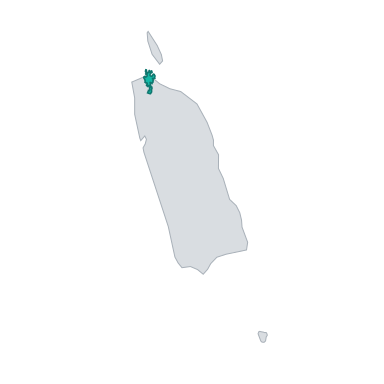 Ceiba, Puerto Rico (highlighted), rotated 250°
{"feature_id": "32010507B71550850987381", "entity_name": "Ceiba", "entity_type": "district", "adm_level": 2, "iso_a3": "PRI", "parent_name": "Puerto Rico", "parent_adm1": "", "projection": "orthographic", "projection_center": [-65.662, 18.248], "detail": "fine", "context": "in_parent", "style": "filled", "palette": "teal", "viewbox_px": 384, "rotation_deg": 250, "n_neighbors": 0, "source": "geoboundaries", "source_scale": "gbopen_adm2", "svg_char_len": 3938}
<svg xmlns="http://www.w3.org/2000/svg" viewBox="0 0 384 384"><g transform="rotate(250 192 192)"><path d="M253.2,164.5L257.1,167.2L260.8,166.8L257.8,161.4L260.6,161.4L284.6,164.7L300.0,170.3L315.9,173.0L316.9,191.4L304.7,198.7L296.7,206.4L290.2,215.8L273.0,226.8L252.3,230.0L238.5,230.3L233.4,229.9L228.3,228.0L217.9,229.7L205.1,224.9L194.1,226.0L172.2,224.8L164.0,228.9L156.2,229.8L148.5,228.9L141.9,227.0L125.7,227.1L118.9,223.4L121.9,202.5L122.2,193.0L118.3,185.1L114.0,180.2L110.9,174.4L117.3,170.6L122.5,165.0L124.3,156.7L130.0,154.7L136.7,153.7L167.6,157.9L245.8,160.4L250.2,161.1L253.2,164.5ZM341.5,209.4L331.6,210.2L325.2,209.2L323.1,205.3L335.0,201.6L348.9,202.1L356.9,204.3L357.9,205.7L341.5,209.4ZM34.2,213.8L33.0,213.9L31.8,213.8L31.3,213.4L30.5,212.2L26.9,210.2L26.1,208.3L27.0,206.4L28.4,205.7L35.7,205.6L36.4,205.7L37.9,207.1L37.9,208.0L37.2,208.9L35.9,211.2L35.3,211.8L34.9,212.4L34.7,213.4L34.2,213.8Z" fill="#d9dde1" stroke="#a8b0b8" stroke-width="1"/><path d="M300.3,184.2L299.8,184.7L299.6,185.0L299.4,185.2L298.8,186.0L298.6,186.4L298.9,186.6L298.8,186.9L299.0,187.0L299.2,187.4L299.2,187.5L299.5,187.8L299.7,188.1L299.9,188.0L300.2,188.4L300.8,188.7L301.0,188.7L301.4,188.8L301.8,188.9L302.1,188.9L302.3,189.2L302.4,189.3L302.6,189.6L303.0,189.6L303.0,189.8L303.3,190.0L304.3,190.1L304.3,189.4L304.5,189.4L304.9,189.3L305.3,189.4L305.4,189.6L305.7,189.5L305.9,189.6L306.3,189.5L306.5,189.3L306.7,189.1L307.0,189.5L307.4,189.5L307.5,189.7L307.7,189.8L307.7,190.1L307.9,190.3L308.5,190.2L309.0,189.9L309.3,190.2L309.0,190.7L308.7,190.9L308.3,191.5L308.1,191.8L307.9,191.8L308.4,192.3L308.4,192.5L308.6,192.6L308.5,192.8L308.8,193.0L309.0,193.0L309.5,193.4L309.8,193.5L310.0,193.6L310.3,193.5L310.5,193.9L311.2,193.9L311.8,193.7L312.2,193.7L312.3,194.0L312.1,194.3L312.0,194.6L311.7,195.0L311.6,195.3L311.8,195.6L311.9,195.8L311.8,196.0L312.1,196.0L312.5,196.2L313.0,196.6L313.8,197.0L314.3,196.7L315.1,196.7L315.3,196.8L315.9,196.3L316.0,195.9L315.8,195.7L315.6,195.6L315.3,194.8L314.6,194.4L314.7,194.2L314.8,193.8L314.8,193.7L314.6,193.3L315.4,192.6L316.0,192.4L316.3,192.5L316.5,192.6L317.6,193.4L317.4,193.7L318.1,194.5L318.0,195.0L318.1,195.4L318.3,195.4L318.3,195.1L318.7,194.6L318.9,194.6L319.0,194.3L318.6,193.7L318.8,193.3L318.9,193.2L319.0,193.2L319.3,193.0L319.7,193.3L320.2,193.7L320.4,193.7L320.5,193.4L320.8,193.3L320.7,193.1L320.4,192.9L320.2,192.9L319.3,192.1L319.1,191.5L319.1,191.3L318.7,190.7L318.5,190.3L318.4,190.2L318.3,189.6L318.6,189.4L318.9,189.0L318.8,188.8L318.2,189.0L318.0,189.4L317.6,189.7L317.5,189.9L316.9,189.8L316.5,189.5L316.4,189.5L316.0,188.9L315.9,188.7L315.8,188.2L315.8,187.7L316.2,187.5L316.5,187.4L316.8,187.4L316.8,187.2L316.7,186.6L316.6,186.2L316.3,186.0L316.2,185.9L315.7,185.7L315.2,185.9L314.8,185.8L314.4,186.0L313.8,186.2L313.4,186.0L313.2,186.0L312.8,186.1L312.6,185.9L312.4,185.8L312.1,185.8L311.7,185.7L311.2,185.4L311.0,185.8L310.8,185.9L310.6,185.8L310.4,185.9L310.2,186.0L310.2,186.4L310.1,186.7L309.9,186.7L309.6,187.1L309.4,187.1L309.1,187.0L308.9,186.7L308.7,186.7L308.3,186.3L308.2,186.0L307.9,185.7L307.6,185.7L307.4,185.8L307.4,186.0L307.2,186.1L307.0,186.4L306.8,186.4L306.8,186.6L307.0,186.8L306.9,187.0L306.7,186.9L306.8,187.2L307.0,187.3L306.7,187.6L306.5,187.4L306.3,187.4L305.9,187.7L305.7,187.7L305.2,187.8L305.1,188.0L304.8,188.0L304.6,187.9L304.6,187.7L304.4,187.7L304.2,187.6L303.5,187.5L302.9,187.1L302.6,187.1L302.3,187.2L302.2,187.1L302.3,186.8L301.9,186.4L302.2,186.3L302.3,186.0L302.2,186.0L301.9,185.5L301.7,185.3L301.3,184.9L300.9,184.7L300.4,184.4L300.3,184.2ZM319.6,189.5L319.4,189.7L319.6,190.1L319.6,190.5L319.7,190.8L320.1,190.7L320.5,190.5L321.1,190.7L321.8,190.8L322.4,190.9L322.5,190.7L322.7,190.4L321.4,189.5L320.6,189.5L320.2,189.6L319.6,189.5ZM319.0,195.2L318.9,195.5L319.0,195.5L319.3,195.5L319.6,195.5L319.7,195.3L319.6,195.2L319.4,195.2L319.2,195.2L319.0,195.2Z" fill="#14b8a6" stroke="#0f766e" stroke-width="1.5"/></g></svg>